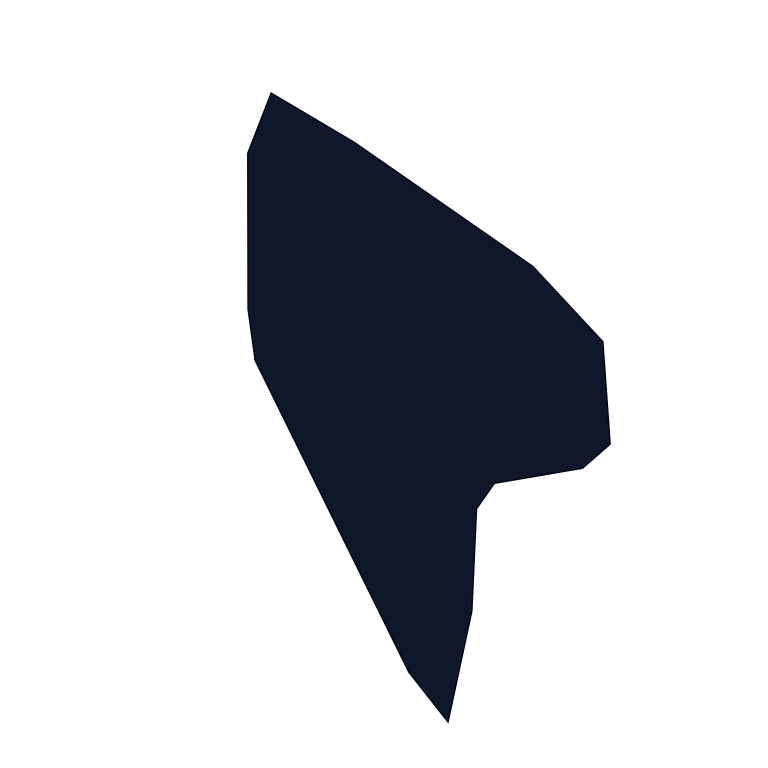 map outline of Labuan (Robinson projection), rotated 316°
{"feature_id": "MYS-4833", "entity_name": "Labuan", "entity_type": "Federal Territory", "adm_level": 1, "iso_a3": "MYS", "parent_name": "Malaysia", "parent_adm1": "", "projection": "robinson", "projection_center": [115.218, 5.32], "detail": "fine", "context": "isolated", "style": "filled", "palette": "ink", "viewbox_px": 768, "rotation_deg": 316, "n_neighbors": 0, "source": "natural_earth", "source_scale": "10m", "svg_char_len": 350}
<svg xmlns="http://www.w3.org/2000/svg" viewBox="0 0 768 768"><g transform="rotate(316 384 384)"><path d="M530.5,189.7L572.7,402.8L570.8,505.6L504.9,584.3L468.3,582.4L394.4,532.1L363.9,538.0L289.4,608.4L195.3,671.6L201.7,608.6L307.7,277.6L338.2,235.8L446.3,123.4L504.9,96.4L530.5,189.7Z" fill="#0f172a" stroke="#020617" stroke-width="1.5"/></g></svg>